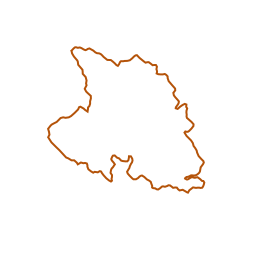 outline of Haifa, Haifa, Israel, rotated 315°
{"feature_id": "584046B37321511847561", "entity_name": "Haifa", "entity_type": "district", "adm_level": 2, "iso_a3": "ISR", "parent_name": "Israel", "parent_adm1": "Haifa", "projection": "natural_earth1", "projection_center": [35.062, 32.763], "detail": "fine", "context": "isolated", "style": "outline", "palette": "amber", "viewbox_px": 256, "rotation_deg": 315, "n_neighbors": 0, "source": "geoboundaries", "source_scale": "gbopen_adm2", "svg_char_len": 3557}
<svg xmlns="http://www.w3.org/2000/svg" viewBox="0 0 256 256"><g transform="rotate(315 128 128)"><path d="M124.7,216.1L127.3,215.4L132.0,216.0L133.7,218.4L135.1,219.5L136.2,220.6L136.9,221.7L138.3,222.7L139.8,222.4L141.6,221.6L143.4,220.5L143.8,218.8L142.9,217.7L142.9,215.3L142.6,213.4L142.3,211.9L140.1,210.5L139.5,209.7L138.5,208.0L137.1,207.4L134.9,206.9L133.7,206.5L133.1,205.9L132.6,204.1L133.3,203.8L134.8,204.1L136.0,205.0L137.7,205.7L138.7,205.9L139.7,206.6L140.5,207.7L141.7,208.8L142.6,209.4L144.5,209.9L146.7,210.0L148.1,209.6L150.0,208.3L151.6,207.2L155.6,206.6L157.2,206.0L157.9,204.7L157.9,201.8L158.1,197.8L159.5,194.2L160.6,192.5L161.3,189.8L161.7,187.0L162.4,185.9L163.2,184.4L163.8,181.4L163.8,178.1L163.8,175.0L164.7,171.2L166.1,171.0L166.8,172.2L167.7,173.0L169.0,173.3L172.4,173.3L175.6,172.9L177.0,171.7L177.2,168.7L176.8,162.6L177.5,161.3L178.9,160.1L180.2,158.4L181.5,157.2L183.7,156.0L184.1,154.2L185.9,152.7L185.2,151.1L182.8,150.3L180.0,149.8L178.2,149.7L176.6,149.6L175.7,147.8L176.5,147.2L178.4,146.9L180.1,146.6L181.6,146.1L182.8,145.1L183.0,143.0L183.2,139.6L183.5,137.4L184.9,135.2L186.4,135.0L188.0,134.8L189.2,133.4L189.5,128.7L189.9,123.6L191.3,120.8L192.5,119.5L192.6,117.5L192.2,115.8L190.5,114.7L189.0,113.2L187.4,111.3L186.8,109.7L188.2,108.9L189.1,107.7L189.7,106.5L191.8,105.1L192.3,103.3L192.3,103.2L191.0,101.9L189.8,101.0L189.6,98.8L189.2,96.1L188.1,95.1L186.6,94.2L186.3,92.3L185.7,86.5L185.8,82.8L184.7,82.0L183.1,81.7L180.1,81.7L177.2,81.4L175.2,80.2L173.7,78.9L173.0,78.2L171.7,77.3L170.3,75.8L169.3,75.7L168.3,76.0L166.7,76.6L164.8,76.9L164.3,75.3L164.4,72.9L164.2,70.0L163.9,67.8L162.6,66.4L161.5,65.2L161.0,60.5L161.1,58.2L161.0,56.5L160.4,54.9L159.0,53.2L158.4,51.5L158.2,48.7L157.5,46.3L157.0,44.5L155.6,43.7L153.8,43.3L152.9,42.8L152.2,41.1L151.6,38.6L150.9,37.0L149.2,35.8L148.3,34.1L147.6,33.5L146.0,33.3L142.6,33.4L142.6,33.6L141.2,35.7L140.3,39.2L140.0,42.8L139.9,44.4L139.4,45.6L137.5,48.1L137.0,54.6L135.7,56.2L134.3,57.7L134.1,62.0L132.3,65.1L129.8,66.9L128.9,68.5L127.0,69.1L125.1,69.7L124.2,72.6L124.2,74.7L124.4,79.0L122.6,80.9L120.1,82.3L118.3,84.1L116.1,85.2L114.3,85.2L113.1,86.3L111.0,87.8L110.4,84.6L110.4,82.9L109.4,79.3L108.2,78.7L105.8,79.6L100.9,79.6L96.2,79.3L93.7,78.6L91.0,76.6L89.7,74.6L87.4,73.3L81.8,73.3L78.8,72.3L76.4,71.6L74.7,71.6L70.9,72.1L69.4,74.9L67.7,77.2L65.0,78.1L63.7,84.0L63.7,90.6L63.8,95.1L63.4,105.1L64.3,107.2L65.2,110.9L67.1,112.8L67.3,116.3L66.8,118.2L70.3,119.1L70.7,119.8L71.5,121.3L72.9,122.3L73.8,124.0L73.0,125.6L71.9,126.7L70.8,129.2L71.2,132.6L71.8,135.0L73.4,135.4L74.3,136.6L75.3,138.0L76.3,138.2L77.6,138.6L78.2,139.8L77.7,141.4L77.3,144.3L77.1,148.2L77.5,151.7L78.1,153.8L79.4,153.9L80.3,152.4L81.9,151.4L83.4,150.0L83.9,147.4L86.3,145.7L87.8,145.1L89.5,145.1L93.0,144.4L93.4,142.3L93.6,139.5L94.2,138.1L96.7,137.1L97.8,136.9L99.2,138.0L99.3,141.3L100.2,143.1L100.1,146.2L100.8,147.5L102.7,149.9L104.0,151.1L105.6,151.0L107.7,149.6L108.7,148.7L110.0,150.1L109.3,152.7L108.2,154.2L106.6,155.1L104.6,155.5L102.1,156.4L100.8,157.2L98.3,157.8L96.4,158.3L95.6,160.0L95.4,162.8L95.4,166.7L95.6,168.1L97.4,169.9L99.7,170.5L101.8,170.5L103.2,170.8L104.3,171.5L104.9,174.2L105.0,177.7L105.8,180.3L106.0,182.2L105.2,183.7L104.2,186.0L103.0,187.1L103.2,188.2L104.6,190.0L104.9,191.5L105.8,192.8L108.2,193.3L110.5,193.4L111.5,194.0L112.6,195.7L114.6,196.7L116.1,197.1L117.1,198.3L117.4,200.3L117.6,202.2L119.3,203.4L120.4,204.7L120.1,206.6L120.3,208.6L123.0,210.4L123.7,212.9L124.3,215.3L124.7,216.1Z" fill="none" stroke="#b45309" stroke-width="2"/></g></svg>